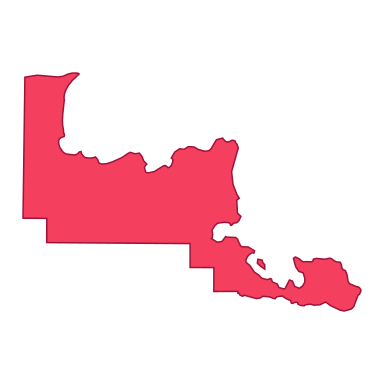 outline of Chippewa, Michigan, United States of America
{"feature_id": "52423323B85773519026200", "entity_name": "Chippewa", "entity_type": "district", "adm_level": 2, "iso_a3": "USA", "parent_name": "United States of America", "parent_adm1": "Michigan", "projection": "albers", "projection_center": [-84.214, 46.343], "detail": "fine", "context": "isolated", "style": "filled", "palette": "rose", "viewbox_px": 384, "rotation_deg": 0, "n_neighbors": 0, "source": "geoboundaries", "source_scale": "gbopen_adm2", "svg_char_len": 3084}
<svg xmlns="http://www.w3.org/2000/svg" viewBox="0 0 384 384"><path d="M237.9,293.3L238.5,293.2L239.2,293.6L239.6,294.8L242.5,296.3L244.4,295.3L256.4,298.6L260.5,297.9L262.7,296.3L269.0,296.8L275.0,298.8L276.9,296.7L282.7,296.0L282.9,296.5L285.8,298.4L289.3,300.1L290.4,300.2L291.4,303.2L293.0,303.4L293.9,302.6L296.7,302.1L297.6,302.8L298.1,304.3L301.0,305.5L304.3,305.8L304.8,305.0L309.3,304.2L311.2,304.3L313.8,305.2L319.9,304.8L325.6,302.0L330.5,305.6L340.0,310.1L344.1,311.0L350.9,309.2L352.7,307.8L353.9,306.2L358.0,295.3L359.4,294.4L361.0,290.9L360.8,289.8L359.5,287.7L358.0,286.8L356.8,286.8L349.4,283.6L347.9,280.9L347.4,276.5L346.6,273.5L345.3,270.5L343.1,269.7L341.7,267.5L341.7,266.1L341.0,263.7L340.0,262.1L336.7,262.0L333.4,260.3L331.5,258.6L329.7,258.2L324.6,259.2L316.5,258.4L313.4,259.1L312.8,261.1L311.8,261.9L306.5,261.6L303.5,261.9L301.9,261.2L299.4,258.9L295.7,257.1L295.0,257.1L293.4,258.5L295.7,266.8L298.8,271.4L303.1,272.8L304.8,278.2L304.8,282.0L302.7,285.9L299.3,288.3L294.7,286.4L292.4,281.0L289.4,280.0L285.1,288.5L284.2,289.0L278.9,287.5L277.3,284.0L273.0,282.3L272.2,281.6L271.5,279.1L270.5,278.5L269.1,279.2L266.7,279.5L261.8,278.2L258.6,274.9L254.4,272.1L249.8,265.4L247.0,263.1L246.0,261.7L245.8,260.6L246.5,258.5L248.0,255.9L249.8,254.2L252.3,252.6L253.8,253.2L254.6,250.9L248.1,246.9L242.6,246.8L241.3,246.5L240.5,245.6L238.0,240.6L237.7,239.2L235.7,237.5L226.8,237.1L225.7,236.5L222.0,241.4L217.4,242.2L211.5,238.7L212.3,237.6L212.7,234.1L212.0,230.2L215.1,225.4L217.7,223.2L224.7,222.2L229.1,222.8L230.5,224.3L230.5,224.8L230.6,225.1L230.6,225.3L230.8,225.4L231.1,225.4L231.5,225.3L231.7,225.1L233.9,223.1L235.7,222.9L237.0,222.6L239.0,220.6L240.9,216.4L237.5,213.2L236.7,200.2L239.3,198.3L236.8,194.2L233.0,184.4L231.6,171.6L235.6,157.4L238.3,148.0L237.0,144.2L236.0,143.3L234.9,140.8L232.9,140.2L231.5,140.5L230.3,141.3L227.8,141.9L225.7,141.7L222.6,138.1L216.4,139.7L211.0,148.9L209.1,150.5L208.9,150.7L206.9,151.1L203.7,151.1L197.5,149.1L195.2,147.6L194.1,147.0L188.3,146.6L188.1,146.7L184.3,149.3L179.5,148.8L174.7,152.1L171.3,158.0L172.8,159.3L172.7,161.8L171.4,165.4L169.6,167.2L168.1,167.7L165.5,165.5L163.5,165.8L154.4,171.5L148.3,172.9L145.9,172.4L145.0,169.8L144.4,167.8L145.4,165.5L146.8,164.1L143.7,160.9L142.1,156.7L139.4,153.1L135.0,153.8L130.3,152.3L128.2,153.3L121.8,157.6L113.0,161.6L107.1,163.6L101.5,164.1L98.8,162.8L97.7,159.6L95.5,156.9L92.9,157.8L89.4,158.1L85.2,157.5L84.0,156.8L81.6,153.9L81.1,151.5L79.2,152.0L77.6,153.9L74.9,155.0L66.2,154.0L64.3,153.0L62.7,151.7L59.7,147.2L58.8,144.2L58.6,140.9L59.2,139.2L60.6,137.9L64.2,136.4L64.5,135.5L64.1,133.5L63.7,133.3L63.4,129.3L62.7,125.8L62.4,120.4L62.8,113.8L64.3,99.9L64.0,97.3L64.5,93.8L66.0,89.6L68.4,85.3L72.2,80.6L79.1,74.0L78.6,73.5L76.6,73.0L71.9,73.1L68.2,74.0L63.0,76.3L57.9,77.0L37.2,75.2L24.9,77.2L23.0,218.2L46.8,218.4L46.7,242.6L190.1,243.6L190.1,267.5L213.9,267.6L213.8,291.5L237.9,291.4L237.9,293.3ZM257.9,259.2L257.3,263.1L260.5,266.2L264.8,269.2L264.7,264.7L262.9,262.7L262.1,260.1L257.9,259.2Z" fill="#f43f5e" stroke="#9f1239" stroke-width="1.5"/></svg>